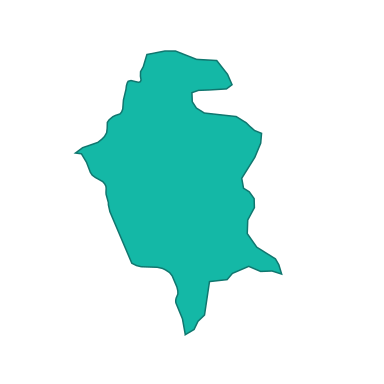 SVG path tracing the border of Monmouthshire, rotated 212°
{"feature_id": "GBR-2132", "entity_name": "Monmouthshire", "entity_type": "Unitary Authority (wales)", "adm_level": 1, "iso_a3": "GBR", "parent_name": "United Kingdom", "parent_adm1": "", "projection": "robinson", "projection_center": [-2.855, 51.774], "detail": "fine", "context": "isolated", "style": "filled", "palette": "teal", "viewbox_px": 384, "rotation_deg": 212, "n_neighbors": 0, "source": "natural_earth", "source_scale": "10m", "svg_char_len": 1399}
<svg xmlns="http://www.w3.org/2000/svg" viewBox="0 0 384 384"><g transform="rotate(212 192 192)"><path d="M122.1,67.4L122.3,67.7L132.9,79.4L146.7,89.3L147.5,90.1L148.5,91.7L149.2,93.6L149.9,98.0L151.6,100.6L154.4,103.4L164.4,110.4L168.3,111.8L173.4,111.9L176.7,111.5L181.5,109.8L195.5,101.7L200.1,100.2L205.3,99.7L251.2,131.8L256.1,136.8L257.3,138.7L263.6,144.5L264.8,146.2L266.8,149.7L268.1,151.3L270.3,152.6L273.2,153.5L281.7,153.1L285.5,153.4L288.6,154.8L297.2,161.3L306.0,165.8L310.8,163.6L311.5,163.3L308.2,171.7L298.1,184.2L296.4,189.1L295.6,192.7L295.8,197.1L297.7,201.1L300.7,206.2L300.5,209.5L299.0,214.0L297.4,216.5L294.4,220.1L294.1,222.6L294.7,225.7L298.9,233.7L302.4,244.1L303.9,247.3L304.7,250.1L304.8,252.1L302.8,254.2L295.4,256.7L294.3,258.1L294.5,259.9L297.1,262.9L299.4,266.8L299.7,272.4L303.1,284.7L289.7,297.2L280.7,302.8L258.4,306.9L240.7,316.6L224.2,310.6L214.9,304.2L217.4,297.7L231.0,288.0L240.4,281.6L244.7,276.2L239.6,268.7L232.8,265.5L223.4,265.5L194.5,279.4L182.6,279.4L178.3,278.4L171.5,277.3L164.1,278.6L159.6,269.8L157.1,254.7L157.1,238.6L157.1,230.0L150.3,222.5L143.5,222.5L135.8,219.3L130.8,211.8L129.9,197.8L123.1,186.0L107.8,179.5L96.8,179.5L85.8,179.5L79.8,176.3L72.5,169.9L82.3,167.4L91.7,161.0L104.5,159.0L114.6,144.4L115.8,136.3L129.7,125.3L116.2,94.3L118.4,85.5L117.4,76.5L122.0,67.6L122.1,67.4Z" fill="#14b8a6" stroke="#0f766e" stroke-width="1.5"/></g></svg>